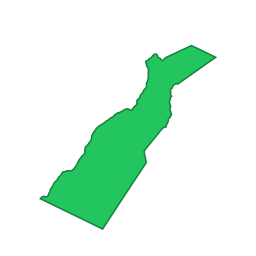 outline of Santa Fe, rotated 206°
{"feature_id": "ARG-1310", "entity_name": "Santa Fe", "entity_type": "Province", "adm_level": 1, "iso_a3": "ARG", "parent_name": "Argentina", "parent_adm1": "", "projection": "equal_earth", "projection_center": [-60.696, -31.191], "detail": "fine", "context": "isolated", "style": "filled", "palette": "green", "viewbox_px": 256, "rotation_deg": 206, "n_neighbors": 0, "source": "natural_earth", "source_scale": "10m", "svg_char_len": 4198}
<svg xmlns="http://www.w3.org/2000/svg" viewBox="0 0 256 256"><g transform="rotate(206 128 128)"><path d="M157.9,26.0L175.8,26.0L175.5,27.4L175.0,28.3L174.4,29.1L173.7,29.7L172.9,29.9L171.9,29.9L171.5,30.0L171.0,30.2L170.7,30.6L170.5,31.1L170.3,31.7L170.3,32.3L170.3,32.9L170.4,34.0L170.5,34.6L170.2,36.5L170.3,37.1L170.8,38.5L170.8,39.1L170.2,43.3L170.3,45.8L170.3,46.4L170.2,47.0L170.0,47.6L169.0,49.7L168.9,50.2L168.9,50.8L168.9,51.1L169.0,51.4L168.9,51.7L168.7,52.8L168.6,53.6L168.5,54.2L167.9,55.3L167.7,55.9L167.6,58.1L167.5,59.2L167.1,60.0L166.8,60.3L165.7,61.1L165.0,61.7L164.3,62.5L163.6,63.1L161.2,64.1L160.5,64.6L159.9,65.2L159.4,65.9L159.0,66.9L158.1,70.7L158.0,71.8L157.9,78.3L157.0,82.7L156.9,83.2L156.1,84.9L155.9,85.8L156.1,86.8L156.9,88.5L157.7,91.2L157.8,92.3L157.7,92.9L157.6,93.5L156.9,95.0L156.7,95.6L156.6,96.2L156.6,97.4L156.5,98.0L156.0,99.6L155.9,100.2L156.1,101.6L156.3,103.1L156.5,103.6L157.2,105.1L157.2,105.6L157.2,106.1L157.1,107.4L157.0,109.2L157.0,109.8L156.5,111.3L156.4,111.9L156.3,113.8L156.1,114.4L154.7,117.4L153.4,119.4L152.9,120.4L151.7,122.1L150.8,124.2L149.3,126.6L147.9,129.6L147.6,130.0L146.6,131.0L146.4,131.5L145.6,134.2L145.4,134.6L144.4,136.0L144.0,137.0L143.8,137.1L143.7,137.3L143.3,137.4L143.1,137.5L142.8,137.8L142.5,138.3L142.4,138.4L142.1,138.6L141.8,139.0L141.6,139.2L141.3,139.8L140.6,140.6L139.4,142.7L138.7,143.6L137.9,144.4L137.5,144.7L137.0,144.9L136.5,145.1L136.0,145.2L134.4,145.2L133.8,145.2L133.4,145.2L132.7,145.4L132.5,145.5L132.3,145.7L132.3,145.9L132.2,146.2L132.2,146.5L132.3,146.8L132.2,146.9L132.3,147.3L132.2,147.8L131.9,148.7L131.8,149.8L131.7,150.1L131.6,150.5L130.9,151.6L130.6,152.3L130.6,153.1L130.7,153.9L131.0,154.6L131.6,155.7L131.9,156.3L132.0,157.0L131.9,157.6L131.1,159.1L130.9,159.7L130.9,160.3L131.1,162.2L131.1,162.9L131.0,163.5L130.5,165.4L130.4,166.0L130.3,166.7L130.4,168.6L130.4,169.2L130.2,169.9L129.5,172.0L129.4,172.6L129.5,173.1L129.7,173.7L130.6,175.2L130.8,175.7L131.0,176.3L131.1,179.2L131.3,180.5L131.7,181.6L132.9,184.6L133.3,185.3L133.5,185.4L133.7,185.6L133.8,185.8L133.9,186.0L134.5,188.1L134.6,188.4L136.0,190.4L137.5,191.5L137.9,191.7L138.2,191.9L138.4,192.0L138.7,192.3L139.1,192.8L139.4,193.4L139.5,193.6L140.0,194.1L140.7,194.6L141.2,195.3L141.2,195.7L141.1,196.2L141.1,196.4L140.9,196.6L140.6,196.9L140.5,197.0L140.3,197.1L140.0,197.2L139.8,197.2L139.7,197.3L139.6,197.6L139.5,198.0L139.4,198.3L139.4,198.6L139.5,199.1L139.5,199.4L139.3,199.7L139.1,200.0L138.1,200.8L138.0,201.0L137.9,201.2L137.7,202.7L137.6,203.4L137.5,203.8L136.6,205.8L136.4,206.1L135.8,206.5L135.3,206.6L135.2,206.7L134.8,206.8L134.3,206.7L133.9,206.5L133.7,206.4L132.8,205.5L131.9,204.8L131.8,204.7L131.6,204.7L129.3,204.6L129.0,204.5L128.3,204.0L128.1,204.0L127.8,203.9L127.3,203.9L127.0,203.9L126.4,204.1L126.1,204.3L125.9,204.5L125.7,204.8L125.5,205.5L125.7,206.5L124.9,207.9L120.6,213.2L115.0,220.2L107.2,229.8L106.0,229.9L93.6,230.0L80.2,230.0L89.6,212.9L96.8,199.8L102.1,190.1L102.8,189.1L103.1,189.2L103.3,189.2L103.6,189.1L103.8,189.0L104.2,188.8L104.5,188.4L105.4,187.4L105.7,186.7L105.8,186.5L105.9,185.9L105.9,185.1L105.9,183.2L106.0,182.6L106.3,181.8L106.4,181.3L106.5,181.0L106.5,180.8L106.4,180.6L106.3,180.1L106.2,179.9L105.4,179.2L105.3,178.9L104.9,177.8L104.2,176.4L104.0,176.2L103.9,176.1L103.7,176.0L103.0,175.9L102.8,175.8L102.6,175.7L102.6,175.4L103.0,174.9L103.2,174.4L103.2,174.2L103.3,174.0L103.3,173.7L103.3,173.4L103.2,173.2L102.9,172.8L102.7,172.7L102.6,172.4L102.5,172.2L102.5,171.2L102.3,170.2L102.1,169.5L102.1,169.3L101.7,168.8L101.4,168.5L99.7,167.0L99.2,166.0L99.0,165.5L98.3,162.8L98.2,162.5L98.1,162.4L97.6,162.0L96.9,161.7L96.7,161.5L96.0,160.5L95.5,160.0L94.8,159.2L94.9,156.6L94.9,155.8L95.1,155.3L95.3,154.8L95.6,153.9L95.6,153.6L95.6,153.3L95.5,153.2L95.3,152.9L95.0,152.3L94.9,152.2L94.8,151.8L94.7,149.9L94.6,149.5L94.8,148.0L94.8,147.7L94.8,147.4L94.7,147.3L94.7,147.1L94.3,146.4L94.3,146.2L94.3,145.8L94.6,145.4L95.6,144.5L96.6,143.3L97.0,142.3L103.1,116.1L103.3,114.2L102.1,112.4L96.8,105.5L96.6,104.9L96.5,104.1L97.6,95.8L99.7,80.0L100.8,71.4L102.8,55.8L105.1,37.6L106.5,26.0L130.0,26.1L147.1,26.0L157.9,26.0Z" fill="#22c55e" stroke="#15803d" stroke-width="1.5"/></g></svg>